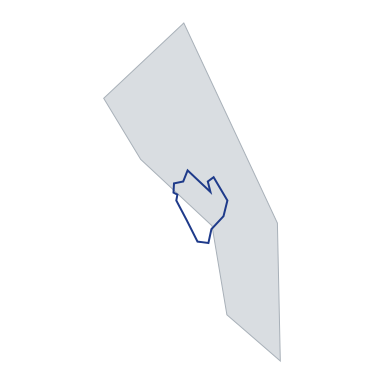 Grand'Anse highlighted on a map of Seychelles
{"feature_id": "SYC-5210", "entity_name": "Grand'Anse", "entity_type": "state/province", "adm_level": 1, "iso_a3": "SYC", "parent_name": "Seychelles", "parent_adm1": "", "projection": "equal_earth", "projection_center": [55.469, -4.682], "detail": "fine", "context": "in_parent", "style": "outline", "palette": "blue", "viewbox_px": 384, "rotation_deg": 0, "n_neighbors": 0, "source": "natural_earth", "source_scale": "10m", "svg_char_len": 475}
<svg xmlns="http://www.w3.org/2000/svg" viewBox="0 0 384 384"><path d="M277.4,223.1L280.3,361.0L226.9,314.8L212.0,225.8L140.7,159.4L103.7,98.3L183.8,23.0L277.4,223.1Z" fill="#d9dde1" stroke="#a8b0b8" stroke-width="1"/><path d="M208.4,243.0L197.5,241.6L186.6,220.0L176.3,200.5L177.4,194.6L173.5,192.6L174.0,183.4L183.2,181.5L187.6,170.4L210.4,191.9L207.8,181.5L213.6,177.2L227.4,200.5L223.5,216.2L211.4,229.2L208.4,243.0Z" fill="none" stroke="#1e3a8a" stroke-width="2"/></svg>